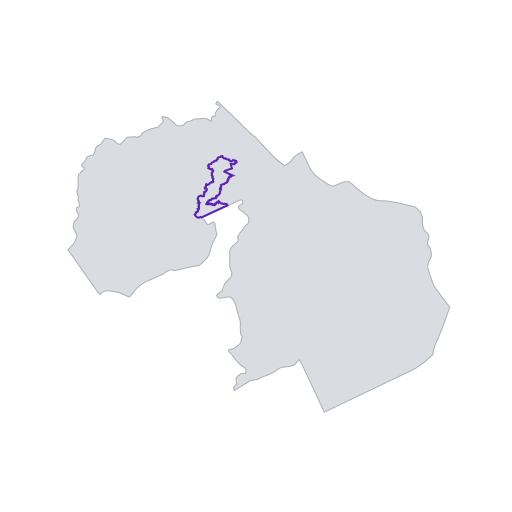 location of Chitambo, Central, Zambia, rotated 245°
{"feature_id": "96606910B62371668778538", "entity_name": "Chitambo", "entity_type": "district", "adm_level": 2, "iso_a3": "ZMB", "parent_name": "Zambia", "parent_adm1": "Central", "projection": "natural_earth1", "projection_center": [30.302, -12.89], "detail": "fine", "context": "in_parent", "style": "outline", "palette": "violet", "viewbox_px": 512, "rotation_deg": 245, "n_neighbors": 0, "source": "geoboundaries", "source_scale": "gbopen_adm2", "svg_char_len": 9312}
<svg xmlns="http://www.w3.org/2000/svg" viewBox="0 0 512 512"><g transform="rotate(245 256 256)"><path d="M330.9,341.9L311.6,342.0L304.5,343.7L298.8,346.5L291.9,350.7L287.9,353.7L286.8,355.3L286.3,358.9L286.3,364.5L285.6,368.5L283.5,372.2L273.0,376.7L266.2,380.3L259.5,384.6L254.4,390.2L251.0,397.1L245.3,405.6L233.3,420.9L226.3,423.7L220.5,423.1L213.4,419.9L207.8,419.3L203.6,421.3L199.8,420.7L196.2,417.5L193.3,416.3L190.9,417.2L187.8,417.0L182.2,415.3L177.4,409.8L174.7,407.6L172.7,406.7L167.0,405.8L153.7,404.6L139.9,407.3L127.8,410.0L115.4,397.9L103.4,385.1L100.9,381.9L96.3,377.6L93.1,375.5L91.8,374.4L88.5,363.0L86.6,352.6L85.6,251.9L140.0,251.9L143.5,251.5L143.6,250.4L141.1,245.0L141.2,243.1L141.8,239.5L144.2,232.2L144.3,229.7L143.1,221.8L143.2,217.4L143.8,208.4L143.4,205.4L144.6,201.4L145.1,198.7L145.6,197.6L144.9,194.5L143.8,183.9L143.1,179.4L146.4,180.1L147.5,182.3L148.1,184.7L149.6,184.8L153.5,186.2L154.8,188.2L155.7,192.5L155.2,194.6L154.0,196.4L155.2,198.0L157.8,199.0L159.3,198.7L163.7,195.8L167.7,194.7L169.8,193.9L178.8,192.0L180.5,191.0L181.8,191.0L182.7,191.8L181.9,194.8L181.6,197.6L182.8,202.6L183.6,205.0L185.5,206.7L186.9,207.6L188.4,209.4L191.5,209.1L198.4,211.7L200.5,212.9L203.4,214.1L205.5,214.5L212.6,215.4L220.1,216.9L224.0,217.0L226.7,216.6L228.6,215.9L229.8,215.1L230.4,214.4L233.2,204.7L234.6,204.0L236.5,203.5L237.5,204.4L238.8,210.4L244.2,215.9L246.1,220.5L247.4,224.5L248.6,225.5L250.7,226.9L254.0,227.4L256.9,227.5L271.5,234.2L273.1,235.4L274.9,239.0L276.0,243.1L277.2,246.3L279.0,246.9L280.7,247.1L282.4,249.3L283.6,251.2L288.0,259.2L288.6,262.3L290.7,264.4L293.5,265.3L296.1,265.4L297.7,264.5L301.4,262.9L304.3,261.0L306.4,260.3L307.7,260.7L308.6,262.0L309.3,266.0L311.3,267.3L312.8,266.8L313.4,265.2L313.5,264.4L313.4,223.1L312.1,223.4L310.4,224.6L306.5,224.7L305.0,225.6L304.6,226.9L304.9,228.6L304.9,231.0L304.4,232.1L302.7,232.5L300.2,231.6L295.8,230.4L292.1,229.7L289.4,226.6L285.8,221.9L283.5,219.6L277.8,214.7L276.8,213.7L275.1,211.4L273.6,207.5L272.2,203.1L271.4,200.2L272.8,195.8L276.1,181.5L276.8,177.0L279.6,172.5L279.8,168.5L278.7,163.3L278.9,160.4L279.3,144.0L278.5,138.8L276.7,133.1L272.6,125.1L272.6,123.4L278.9,118.2L280.8,116.2L284.0,112.0L286.3,108.4L287.7,105.5L288.2,101.8L287.1,98.2L289.3,97.5L341.3,88.3L342.1,90.7L343.7,94.8L345.5,97.8L347.7,100.4L349.6,102.0L350.9,102.5L358.9,102.3L361.8,103.9L364.3,106.0L364.9,109.1L366.6,111.1L368.3,112.6L369.1,112.8L370.4,112.4L372.6,112.4L374.6,113.1L375.5,113.7L375.6,116.4L376.2,117.6L378.9,118.0L381.7,118.2L384.3,120.0L387.2,120.3L390.6,121.0L392.1,123.0L395.7,124.9L400.0,126.7L404.8,129.6L404.9,130.5L405.7,132.2L406.5,133.4L406.6,135.2L407.0,136.9L408.2,137.3L409.2,137.4L410.2,136.2L411.4,136.2L412.8,137.0L413.3,139.0L414.4,141.6L416.2,143.3L417.3,145.0L416.9,148.2L416.2,151.0L418.6,153.9L421.7,156.5L422.5,157.7L422.8,161.7L423.2,163.1L425.3,166.4L426.4,168.6L426.3,169.8L420.6,176.4L417.1,177.4L415.6,178.7L414.6,180.1L416.9,186.7L418.1,189.1L417.1,192.2L414.8,197.5L413.8,198.0L413.6,202.0L414.2,203.4L415.4,204.6L415.8,207.3L415.7,214.0L414.3,221.6L416.8,228.3L417.7,229.0L421.2,229.1L421.8,229.6L421.0,231.5L418.5,234.5L414.0,236.8L407.5,239.3L406.1,241.7L405.3,245.2L406.0,247.3L406.8,248.4L406.5,251.5L406.0,254.7L406.2,257.3L405.9,259.5L405.0,260.6L403.9,264.0L402.5,267.4L401.4,269.0L399.7,270.6L397.2,272.0L397.2,272.6L400.1,274.2L400.9,275.3L401.1,276.0L399.9,277.8L401.2,278.8L402.9,279.7L404.4,282.0L406.2,286.2L406.5,286.7L407.0,286.7L408.0,286.3L409.7,284.5L411.0,283.9L412.6,286.4L385.5,296.9L379.2,299.1L369.7,302.8L366.6,304.2L364.1,305.6L339.0,313.8L335.0,315.4L326.2,319.7L325.9,320.4L326.0,322.3L326.7,326.2L328.3,329.8L329.6,331.9L330.5,337.2L330.9,341.9Z" fill="#d9dde1" stroke="#a8b0b8" stroke-width="1"/><path d="M361.2,266.4L360.8,265.5L361.0,264.6L361.2,264.1L361.2,263.1L360.8,262.5L360.5,262.4L360.4,262.2L360.1,262.2L360.1,261.8L360.0,261.3L359.8,261.2L359.4,260.7L359.1,260.6L359.4,259.8L359.7,258.7L359.5,258.0L359.2,257.9L359.2,257.2L359.3,256.0L359.1,255.3L359.0,255.0L358.7,254.7L358.4,254.3L358.9,251.8L358.1,250.8L357.9,250.6L357.6,250.7L357.2,251.0L356.9,250.7L356.6,250.7L356.3,250.4L356.1,250.7L355.7,250.1L355.3,250.5L354.8,250.5L354.6,250.9L354.2,251.3L354.0,251.8L353.6,251.9L353.8,252.2L353.7,252.4L353.5,252.5L353.5,252.9L352.9,253.0L351.7,253.1L351.5,253.3L350.8,252.7L350.6,251.7L350.1,251.5L349.8,250.8L349.0,250.8L348.4,250.5L347.9,250.3L347.7,249.9L347.3,250.0L347.2,250.3L346.5,250.5L345.3,249.4L345.0,249.5L344.4,250.1L344.1,250.1L343.2,249.3L342.7,248.9L342.4,248.8L341.6,248.8L341.4,248.7L341.1,248.3L341.1,247.8L341.9,246.8L341.5,246.2L341.6,244.8L341.0,244.2L340.8,243.6L341.0,242.6L340.9,242.1L341.2,241.8L342.0,241.5L342.1,241.1L341.9,240.9L340.7,240.4L339.9,239.8L339.8,238.8L339.4,238.3L339.1,238.2L338.7,238.2L338.3,239.2L338.0,239.5L337.6,239.7L336.9,239.6L336.7,239.4L336.3,238.6L335.9,238.2L335.8,237.9L335.6,237.7L335.6,237.2L336.0,236.5L336.0,236.1L335.6,235.8L335.2,235.8L334.5,235.7L334.4,235.4L334.1,235.4L333.4,234.4L332.8,234.4L332.3,234.1L332.4,233.5L333.0,232.4L333.9,231.7L334.2,231.2L334.1,230.1L334.2,229.7L334.1,229.1L333.9,228.8L333.8,228.4L333.5,228.1L333.0,227.9L332.7,227.3L332.5,227.2L331.2,227.3L330.9,227.2L330.6,227.0L330.4,227.2L330.2,227.0L329.9,227.3L329.6,227.4L329.1,227.1L328.9,226.6L328.6,226.5L328.5,226.2L328.2,226.6L328.2,226.3L327.9,226.5L327.5,226.3L327.2,226.4L327.0,226.1L326.7,226.1L326.5,225.8L326.1,225.7L325.9,225.6L325.4,225.4L325.5,225.3L325.8,225.2L325.3,224.9L324.9,225.1L324.5,224.9L324.3,225.0L324.0,224.6L323.8,224.7L323.6,224.6L323.3,224.5L323.3,223.9L323.2,223.9L323.2,223.7L322.9,224.0L322.5,223.8L322.0,223.0L322.0,222.7L321.8,222.3L321.6,222.3L321.4,221.9L321.1,222.0L321.0,221.8L320.9,221.8L320.9,221.3L320.8,221.2L320.9,220.8L320.8,220.6L321.0,220.3L320.9,220.0L320.7,219.8L320.6,219.6L320.2,219.7L319.9,219.3L319.8,219.2L319.7,218.4L319.4,217.9L317.1,218.4L315.4,219.4L315.2,219.7L314.8,220.8L314.9,221.0L314.8,221.4L314.9,221.7L314.8,222.3L314.0,222.9L314.0,251.5L314.9,251.7L315.7,251.1L316.6,249.7L316.8,248.6L317.3,248.0L318.1,247.5L318.2,247.0L318.5,246.5L318.7,246.4L319.0,246.1L320.1,245.9L320.6,245.6L320.8,245.5L320.9,245.4L321.1,245.4L321.2,245.2L321.5,245.3L321.5,245.0L321.4,245.0L321.3,244.8L321.1,244.9L320.8,244.6L321.0,244.6L320.9,244.1L320.9,243.8L321.0,243.6L321.3,243.3L321.3,243.1L321.0,242.6L320.8,242.6L320.8,242.2L320.6,242.1L320.7,241.9L321.1,242.1L320.8,241.8L320.7,241.9L320.4,241.6L320.4,241.4L320.6,241.1L320.4,241.0L320.1,241.3L319.9,241.1L319.9,240.8L319.8,240.5L320.1,240.5L320.3,240.2L320.1,240.0L320.2,239.9L319.8,239.7L320.0,239.5L320.1,239.3L320.3,239.1L320.4,238.7L320.7,238.6L320.7,238.4L320.9,238.5L321.2,238.4L321.2,238.2L321.2,237.9L321.5,237.7L321.6,237.8L321.8,237.6L322.2,237.7L322.4,237.4L322.6,237.1L322.4,236.8L322.6,236.7L322.8,236.4L322.7,236.1L322.6,235.9L322.8,235.6L323.0,235.7L323.0,235.8L323.2,235.7L322.7,235.2L322.8,235.1L323.1,235.1L323.2,234.9L323.1,234.7L323.3,234.5L323.7,234.0L323.6,233.7L323.6,233.4L323.6,233.2L323.9,232.9L324.3,233.2L324.3,233.4L324.4,233.5L324.8,233.9L324.8,234.1L325.2,234.3L325.3,234.5L325.1,234.7L325.4,235.1L325.2,235.4L325.2,235.6L325.3,235.6L325.6,236.2L326.2,236.3L326.3,236.5L326.2,237.2L326.3,237.7L326.2,237.9L326.0,238.0L325.8,238.4L325.9,238.7L325.7,238.9L325.7,239.2L325.9,239.4L326.1,239.7L326.4,239.8L326.6,240.1L326.5,240.3L326.5,240.6L326.3,240.9L326.4,241.0L326.3,241.6L325.9,242.0L325.8,242.7L325.7,242.9L325.7,243.0L325.6,243.3L325.8,244.0L325.8,244.3L325.6,244.4L325.8,244.6L325.9,244.8L326.0,244.7L326.5,244.6L326.9,244.9L326.9,245.3L327.0,245.3L327.0,245.5L327.3,246.1L327.1,246.5L327.0,246.9L326.9,247.1L327.0,247.4L327.0,247.7L327.3,248.0L327.4,248.7L327.6,249.0L327.7,249.3L327.9,249.6L328.2,250.0L328.4,250.1L328.8,249.9L329.6,250.4L329.8,250.6L330.0,251.1L330.3,251.6L330.6,251.7L330.9,252.1L331.0,251.9L331.4,251.8L331.6,251.6L331.9,251.5L332.1,251.7L332.5,252.0L332.1,252.6L332.4,252.9L332.6,252.7L333.1,252.7L334.1,254.1L335.0,254.3L334.9,254.5L334.9,254.9L335.3,255.7L334.5,257.5L335.1,258.2L335.0,258.4L335.0,259.3L334.8,259.8L334.8,260.1L335.0,260.7L335.1,260.9L335.4,260.9L335.5,261.1L335.5,261.7L335.7,262.0L336.0,262.2L336.5,262.7L336.7,262.8L336.8,262.7L336.9,263.2L337.1,263.3L337.2,263.5L337.4,263.8L337.8,263.7L337.9,263.8L338.1,263.8L338.2,264.1L338.3,264.0L338.6,264.6L338.7,265.0L338.9,265.1L338.8,265.7L338.6,265.8L338.6,266.2L338.9,266.3L338.9,266.8L339.1,266.7L339.0,267.2L339.3,267.5L339.1,267.6L339.0,267.8L338.9,267.8L339.1,268.2L338.9,268.2L338.9,268.4L338.8,268.9L345.8,263.0L346.3,264.1L345.5,271.2L350.1,272.0L349.4,273.5L348.9,274.1L348.4,275.1L348.6,275.2L348.8,275.1L349.0,275.3L349.0,275.7L348.7,276.3L348.9,276.9L349.0,276.8L349.1,277.0L349.4,277.2L349.4,277.3L349.5,277.2L349.6,277.4L349.9,277.5L350.0,277.5L349.9,277.9L350.0,277.9L350.0,278.0L350.3,278.3L350.6,278.3L350.8,278.1L350.6,277.7L350.6,277.4L351.7,276.7L352.0,276.7L352.3,276.0L352.7,275.7L352.4,275.3L352.3,274.9L352.3,274.3L352.1,273.9L352.7,272.9L354.2,271.9L354.4,271.9L354.7,272.3L354.8,272.4L355.6,271.2L355.8,270.7L356.3,270.1L356.7,269.7L357.4,269.7L357.7,268.6L358.0,268.2L358.4,268.0L359.1,268.0L359.4,267.5L359.8,267.3L360.2,267.4L360.4,267.6L360.8,267.7L361.0,267.3L360.9,266.8L361.1,266.5L361.2,266.4Z" fill="none" stroke="#5b21b6" stroke-width="2"/></g></svg>